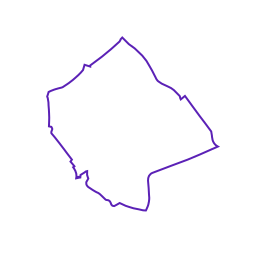 Al Darb al-Ahmar, Al Qahirah, Egypt, rotated 31°
{"feature_id": "37247803B66957331642315", "entity_name": "Al Darb al-Ahmar", "entity_type": "district", "adm_level": 2, "iso_a3": "EGY", "parent_name": "Egypt", "parent_adm1": "Al Qahirah", "projection": "natural_earth1", "projection_center": [31.261, 30.041], "detail": "fine", "context": "isolated", "style": "outline", "palette": "violet", "viewbox_px": 256, "rotation_deg": 31, "n_neighbors": 0, "source": "geoboundaries", "source_scale": "gbopen_adm2", "svg_char_len": 2803}
<svg xmlns="http://www.w3.org/2000/svg" viewBox="0 0 256 256"><g transform="rotate(31 128 128)"><path d="M41.4,138.0L42.1,140.7L42.5,142.6L43.3,143.3L43.5,143.4L43.9,143.8L46.6,147.0L48.3,149.6L50.8,153.1L52.8,156.1L55.2,159.8L56.8,162.6L59.4,167.3L61.2,166.7L61.7,166.5L62.5,167.0L63.2,167.4L63.8,168.3L63.9,168.9L64.0,169.6L64.1,170.0L64.3,170.9L64.7,171.5L65.1,172.0L67.2,172.7L70.1,173.7L77.2,176.4L82.2,178.4L84.5,179.3L87.6,180.6L91.1,182.0L96.2,184.0L96.1,185.2L96.0,186.4L99.0,187.4L101.8,188.4L101.5,189.3L101.2,189.9L102.6,190.5L105.0,191.9L107.1,193.7L108.2,195.2L108.8,196.1L109.5,197.8L110.7,196.7L110.4,195.9L110.3,195.7L110.9,195.3L111.0,195.6L111.2,196.1L112.6,195.0L111.5,192.7L113.6,188.6L114.3,186.9L115.2,186.0L117.1,189.3L117.7,189.8L118.2,190.3L120.0,191.8L120.1,194.3L120.1,195.6L120.4,196.4L121.4,197.8L122.0,198.2L122.5,198.5L124.0,199.0L124.8,199.1L125.6,199.1L129.5,199.3L130.1,199.3L130.7,199.3L131.4,199.3L132.1,199.3L132.6,199.3L133.1,199.3L134.4,199.2L135.3,199.1L136.1,199.0L138.1,199.2L143.4,200.4L145.6,200.9L146.3,200.9L146.8,200.7L147.2,200.5L148.6,200.0L150.2,200.2L151.3,200.8L152.0,201.3L153.1,202.2L154.3,202.6L155.3,202.5L156.4,202.0L158.0,199.3L159.5,196.6L166.1,195.9L169.6,195.1L174.0,194.0L179.3,192.1L183.3,190.8L185.8,189.5L185.8,189.3L185.8,189.0L185.3,185.2L185.2,184.7L185.1,184.2L185.0,183.7L184.9,183.3L184.7,182.8L184.6,182.3L184.4,181.9L184.2,181.4L184.1,180.9L183.9,180.4L183.7,180.0L183.5,179.5L183.3,179.1L183.1,178.6L182.9,178.2L182.6,177.7L182.4,177.3L182.1,176.8L180.4,174.4L176.6,168.8L172.2,162.7L171.7,161.6L171.4,161.1L171.2,160.5L171.0,160.0L170.9,159.4L170.8,158.8L170.7,158.3L170.7,157.9L170.8,157.3L170.9,156.7L171.0,156.1L171.1,155.7L171.3,155.1L171.6,154.6L171.9,154.1L174.4,150.9L185.2,137.2L195.5,124.3L203.4,113.5L210.3,103.7L210.9,102.8L211.6,101.9L214.6,97.6L213.6,97.6L213.1,97.6L212.5,97.5L212.0,97.5L211.5,97.3L210.9,97.2L210.4,97.0L209.9,96.8L209.4,96.6L208.9,96.3L208.4,96.0L207.9,95.7L207.5,95.4L207.0,95.0L206.6,94.6L206.2,94.2L205.9,93.8L204.9,92.7L204.4,92.1L204.0,91.5L201.1,88.1L191.2,84.0L183.4,80.9L172.4,76.3L167.0,74.0L163.2,72.4L160.3,71.2L158.5,76.3L157.8,75.8L157.3,75.4L157.1,75.2L156.4,74.4L155.7,73.9L154.8,73.7L147.8,71.9L144.3,71.6L140.7,71.9L134.1,72.6L129.9,72.4L129.4,72.3L128.9,72.2L127.5,71.6L126.7,71.2L126.0,70.7L119.1,66.4L114.1,63.6L109.3,61.0L102.9,58.6L92.7,56.3L85.6,55.7L76.5,53.4L76.0,55.7L76.2,56.7L76.2,57.0L76.2,58.3L73.0,68.7L70.8,75.0L69.0,80.1L63.4,93.8L63.7,94.3L64.0,94.8L58.2,96.2L59.6,101.5L59.5,102.0L59.4,102.6L58.9,105.4L58.6,106.4L58.4,107.5L57.0,112.1L56.0,115.2L54.7,118.5L54.0,120.3L53.6,121.1L53.2,122.0L51.9,124.7L51.1,126.4L50.4,127.4L49.0,128.8L47.6,130.2L47.0,130.9L46.3,131.6L44.9,133.2L42.8,135.9L41.4,138.0Z" fill="none" stroke="#5b21b6" stroke-width="2"/></g></svg>